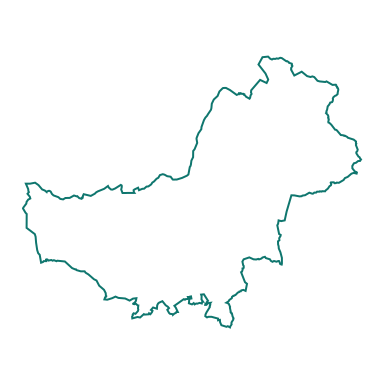 Corund, Harghita, Romania
{"feature_id": "2599482B38498090417182", "entity_name": "Corund", "entity_type": "district", "adm_level": 2, "iso_a3": "ROU", "parent_name": "Romania", "parent_adm1": "Harghita", "projection": "mercator", "projection_center": [25.218, 46.501], "detail": "fine", "context": "isolated", "style": "outline", "palette": "teal", "viewbox_px": 384, "rotation_deg": 0, "n_neighbors": 0, "source": "geoboundaries", "source_scale": "gbopen_adm2", "svg_char_len": 5967}
<svg xmlns="http://www.w3.org/2000/svg" viewBox="0 0 384 384"><path d="M356.6,173.6L356.9,172.5L356.5,172.1L354.9,171.5L352.4,168.4L352.3,166.0L353.9,163.3L356.1,162.7L358.0,161.1L360.1,160.9L361.0,159.4L360.3,158.9L359.6,157.3L358.4,156.5L356.4,153.4L356.3,152.2L357.2,151.3L357.7,149.6L355.9,145.0L356.3,143.6L355.9,143.2L356.0,141.5L353.7,139.6L347.8,137.7L347.3,137.0L344.7,135.6L344.2,135.9L343.3,135.3L340.8,135.0L336.9,130.4L336.3,129.9L335.1,129.7L331.3,124.7L329.4,122.9L328.4,122.5L328.3,121.6L328.8,119.6L328.4,118.9L328.6,118.2L328.1,117.7L328.4,116.4L327.9,115.1L326.0,113.1L326.6,112.2L326.4,111.3L327.1,109.7L327.7,106.4L329.3,104.5L330.2,102.6L332.1,102.1L332.6,101.3L333.0,99.6L332.8,98.5L333.4,97.2L335.1,95.8L336.4,95.3L337.7,93.9L337.6,93.2L338.3,89.7L338.1,88.7L337.8,88.0L337.1,87.7L337.1,86.7L336.4,86.3L336.2,85.1L335.8,84.7L332.5,84.9L326.5,81.4L325.3,82.0L319.6,81.4L317.5,80.8L314.3,77.1L312.4,76.4L310.5,77.0L307.1,76.1L301.7,71.7L294.3,75.5L291.1,69.7L291.3,69.2L291.1,68.1L292.4,66.0L291.8,65.3L292.0,64.7L291.8,63.7L289.0,62.8L288.7,62.1L287.0,61.1L286.4,61.3L281.8,58.1L280.2,57.8L278.2,58.7L276.6,58.4L275.4,58.9L273.2,58.8L272.0,59.5L270.3,58.8L268.1,56.6L262.5,57.2L258.5,64.5L265.5,73.5L268.2,79.5L267.9,80.3L266.6,83.0L260.1,79.9L251.2,90.3L251.0,92.5L251.5,93.5L251.5,94.1L250.6,95.3L250.1,97.8L249.5,98.7L246.0,96.7L245.1,95.4L243.9,94.8L243.6,94.2L243.8,94.0L243.4,93.8L242.4,93.9L240.4,93.1L239.7,93.2L239.8,93.5L239.2,93.3L239.1,93.8L238.8,93.6L238.6,94.1L236.7,94.9L229.9,90.0L225.9,87.9L223.1,88.0L222.2,88.7L219.4,91.5L217.6,96.0L213.8,99.5L211.8,103.7L211.4,108.1L211.0,109.7L207.5,114.9L207.3,115.5L205.4,117.6L204.0,120.0L201.5,127.0L201.3,129.2L198.5,133.2L196.7,137.7L196.5,138.7L197.2,142.9L194.6,149.2L193.2,151.0L193.1,157.2L191.4,160.6L190.9,164.6L190.5,166.0L189.8,167.0L188.4,174.5L186.9,175.7L182.1,177.9L176.9,179.5L173.6,179.6L172.7,179.5L170.6,176.7L167.2,176.2L164.6,174.7L162.8,174.2L159.9,175.1L158.3,177.8L156.6,178.7L154.0,181.5L152.3,182.6L151.2,184.4L148.4,186.4L146.5,186.6L144.1,188.7L142.4,188.8L139.0,190.2L138.1,187.7L134.4,189.5L133.6,190.2L133.9,192.2L134.4,192.9L122.5,193.0L121.2,189.5L121.8,186.9L121.7,185.5L120.8,184.9L115.1,188.5L112.5,189.6L111.0,189.5L108.8,187.6L108.0,186.0L104.2,188.8L97.8,191.4L96.2,192.3L94.8,193.7L90.8,195.9L83.7,194.2L83.0,195.7L82.7,197.6L82.0,197.5L81.4,198.4L81.8,198.6L81.6,198.8L79.2,198.1L77.3,196.2L76.8,196.4L74.0,195.5L69.7,197.9L65.4,198.0L63.1,199.4L60.3,198.9L58.4,197.2L53.5,195.4L51.9,193.9L50.7,191.6L49.6,190.9L48.5,190.9L46.7,191.6L46.6,192.0L44.8,190.5L42.1,189.4L38.5,185.1L35.1,182.7L29.9,183.7L25.9,183.7L28.2,189.1L28.4,191.2L28.9,192.1L27.5,193.8L29.8,196.7L30.3,198.5L28.2,199.6L26.6,201.8L26.3,203.6L23.3,207.6L23.0,208.5L25.5,212.7L26.7,214.0L26.6,227.9L34.8,234.1L35.6,236.7L36.1,242.8L37.2,250.1L38.2,253.2L39.7,254.8L41.1,262.7L43.0,262.0L43.7,261.1L46.1,261.1L46.0,259.6L46.9,259.3L47.7,259.7L48.3,260.6L51.3,260.0L52.6,260.7L53.9,260.2L56.5,261.2L57.3,260.7L64.9,261.5L72.1,268.1L75.2,269.4L75.9,269.3L76.5,270.1L80.7,271.3L84.6,271.3L85.6,272.7L88.4,274.4L93.9,279.2L96.5,280.5L99.2,285.7L104.0,289.8L105.7,293.1L105.9,295.7L106.3,296.1L106.2,296.6L105.1,297.3L104.4,299.4L107.3,299.7L112.1,298.2L115.5,296.6L118.4,297.9L125.2,298.5L129.6,300.6L133.0,298.6L136.4,298.2L135.9,300.9L134.7,302.6L133.2,303.6L133.3,304.0L134.5,304.2L135.6,303.5L137.8,305.5L138.3,305.5L138.0,308.4L138.3,309.6L137.9,311.1L135.5,313.8L133.6,313.3L132.7,314.5L132.8,315.4L132.1,316.6L132.3,318.4L137.5,317.0L140.1,317.5L143.9,314.1L144.6,314.6L148.8,314.3L149.1,313.3L150.4,314.2L151.9,312.3L152.5,310.8L151.0,309.9L153.1,307.5L156.9,308.7L157.2,305.3L158.1,303.5L159.2,302.6L162.4,301.2L165.7,305.3L167.8,306.7L169.0,308.1L167.3,309.8L169.1,313.0L170.0,313.8L172.9,314.2L173.0,314.8L174.6,313.4L175.7,313.1L176.4,312.0L177.8,312.0L175.7,307.5L174.4,305.8L183.7,299.2L184.9,299.7L185.2,299.2L187.4,299.0L188.4,297.3L188.2,297.0L189.9,297.0L190.0,296.6L191.0,296.4L191.4,298.5L189.3,298.9L188.9,303.3L192.0,304.4L193.7,303.1L194.6,304.4L196.2,303.5L197.2,303.7L199.6,302.9L201.8,303.5L202.2,301.8L203.1,301.8L201.5,299.5L201.6,296.2L201.1,294.6L203.9,294.3L208.0,300.8L206.8,302.1L206.3,303.4L205.4,303.8L205.2,304.9L206.3,304.9L208.2,303.1L210.6,302.8L210.0,303.7L210.3,304.4L209.9,305.2L210.1,305.7L209.6,306.5L209.8,307.1L206.6,312.2L205.5,314.5L205.3,316.2L207.0,317.4L208.4,316.8L211.5,316.8L218.1,318.6L218.1,320.3L219.9,319.9L220.1,322.2L221.4,325.2L226.5,326.8L227.8,326.2L230.0,327.4L230.3,326.3L231.6,324.4L231.4,323.1L231.7,322.1L233.3,319.6L233.2,318.5L233.5,318.2L232.6,316.5L231.9,313.4L231.4,313.4L230.6,312.1L230.8,311.9L229.9,307.7L230.1,307.0L228.9,304.0L227.6,303.1L226.4,302.7L228.6,301.3L229.3,300.0L231.8,298.2L232.0,296.9L233.2,295.9L233.7,296.0L234.4,295.3L235.4,295.1L237.8,292.6L239.2,292.0L239.4,291.5L240.8,291.3L241.3,290.4L243.4,289.9L245.6,290.9L247.0,283.8L245.0,282.2L241.1,272.2L242.0,271.6L242.6,269.7L242.5,268.5L243.4,268.3L243.7,267.7L243.7,265.9L243.2,265.3L242.4,261.6L243.7,259.3L249.3,257.4L253.5,259.3L256.1,259.5L258.3,258.9L259.0,259.4L261.5,258.5L262.5,257.5L264.9,256.8L265.9,258.1L269.9,259.3L270.8,260.8L272.5,261.8L274.0,261.0L276.5,261.7L278.3,261.0L279.1,261.1L280.2,263.9L280.8,263.8L281.2,264.5L281.7,264.6L281.9,263.7L281.9,257.9L280.4,252.2L278.8,248.5L278.6,246.1L278.1,244.5L278.0,241.3L279.4,240.3L279.2,238.2L280.6,235.8L280.7,234.9L279.1,234.0L277.3,225.3L278.1,223.7L278.6,220.4L281.2,221.1L284.7,220.4L286.6,211.6L291.4,195.3L294.4,195.4L299.5,196.4L301.7,196.2L302.4,195.6L305.1,195.2L309.3,192.7L312.3,193.7L313.1,193.6L314.3,192.6L316.1,192.6L317.0,191.7L319.6,191.7L319.9,191.3L321.7,191.6L322.1,191.2L325.1,191.3L325.7,190.4L327.9,188.6L329.5,186.2L330.9,185.3L331.2,184.3L330.7,182.6L330.9,182.4L333.8,182.3L334.5,183.2L335.9,183.1L336.7,182.6L338.9,182.8L343.6,180.0L344.9,178.1L347.7,176.9L351.4,173.7L353.7,172.9L356.6,173.6Z" fill="none" stroke="#0f766e" stroke-width="2"/></svg>